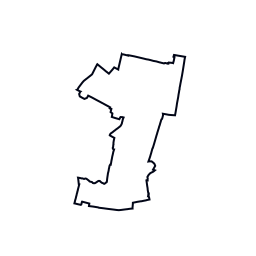 outline of Bragadiru, Ilfov, Romania, rotated 320°
{"feature_id": "2599482B78210424721579", "entity_name": "Bragadiru", "entity_type": "district", "adm_level": 2, "iso_a3": "ROU", "parent_name": "Romania", "parent_adm1": "Ilfov", "projection": "orthographic", "projection_center": [25.978, 44.379], "detail": "fine", "context": "isolated", "style": "outline", "palette": "ink", "viewbox_px": 256, "rotation_deg": 320, "n_neighbors": 0, "source": "geoboundaries", "source_scale": "gbopen_adm2", "svg_char_len": 5183}
<svg xmlns="http://www.w3.org/2000/svg" viewBox="0 0 256 256"><g transform="rotate(320 128 128)"><path d="M113.5,66.0L113.6,66.3L113.8,66.8L114.0,67.1L114.7,69.0L115.0,69.5L114.9,69.5L113.3,70.2L112.5,70.5L112.3,70.8L111.4,72.8L111.5,73.2L112.0,74.3L112.0,74.5L113.3,77.7L113.6,77.8L115.7,78.5L115.9,78.5L116.1,78.5L116.6,78.3L118.3,77.6L119.4,80.1L120.0,81.5L122.0,86.6L123.2,89.5L127.6,100.7L126.6,101.2L126.7,101.5L127.5,102.7L124.9,104.6L125.1,105.6L125.4,106.8L123.6,108.4L122.7,109.1L124.5,112.0L127.0,115.7L128.7,115.0L129.3,114.8L130.8,116.2L131.4,117.1L130.0,117.8L128.7,118.7L128.5,118.9L128.4,119.0L127.0,119.9L126.7,120.2L126.0,120.7L124.6,121.3L123.7,121.6L123.4,121.6L122.1,121.7L121.7,121.6L120.8,121.6L120.1,121.6L118.9,121.5L117.7,121.4L116.4,121.4L115.2,121.3L114.4,121.3L113.7,121.3L113.1,121.3L112.7,121.2L111.7,121.1L111.4,121.1L111.0,121.1L109.8,121.5L109.3,121.9L109.6,122.7L110.4,124.9L111.2,126.8L108.9,128.6L107.2,130.1L106.3,131.3L105.8,131.5L105.3,132.1L104.1,133.2L103.7,133.3L103.4,133.7L103.1,134.1L103.1,134.4L103.2,135.3L103.4,135.4L103.5,135.5L101.2,137.0L100.2,137.8L98.9,138.8L97.9,139.5L95.0,141.9L94.9,141.9L92.8,143.7L91.2,145.0L90.9,144.6L90.3,144.8L90.0,144.9L89.4,145.2L88.8,145.7L88.3,146.1L87.4,146.8L87.2,146.9L86.0,148.0L84.7,149.0L83.4,149.9L82.9,150.4L80.4,152.6L79.2,153.7L77.9,155.0L77.0,155.7L76.8,155.8L76.0,155.6L75.6,155.7L75.0,155.7L74.4,155.6L73.9,155.5L73.7,155.2L73.5,154.5L73.2,153.9L72.7,153.0L72.6,152.4L72.4,151.5L72.4,150.7L72.3,150.4L71.7,149.8L71.1,149.5L70.9,149.5L70.4,149.4L68.3,149.2L67.2,149.0L66.5,148.5L66.0,148.0L65.7,147.5L65.7,146.6L65.6,146.1L65.3,145.8L65.1,145.5L64.8,145.1L64.5,144.8L64.4,144.5L64.2,144.1L64.2,143.1L64.0,142.3L63.6,140.5L63.3,139.8L63.1,139.5L62.7,139.2L61.6,138.8L61.1,138.0L60.8,137.4L60.1,136.9L59.8,136.4L58.1,134.2L57.8,133.9L57.6,134.3L57.2,134.9L54.2,139.4L54.5,139.8L53.9,140.2L53.6,140.4L53.4,140.6L53.1,140.8L52.8,141.0L52.4,141.3L49.7,143.2L49.7,143.3L49.4,143.5L49.1,143.7L48.8,143.9L48.6,144.0L48.3,144.3L48.0,144.4L47.7,144.7L47.6,144.8L47.4,145.0L47.1,145.1L46.5,145.5L46.1,145.8L45.8,146.1L45.7,146.2L45.4,146.4L45.2,146.5L44.8,146.8L44.7,146.9L44.5,147.0L44.2,147.2L43.9,147.4L43.7,147.6L43.3,147.9L42.6,148.4L42.2,148.7L42.0,148.8L41.5,149.1L38.5,151.3L38.9,151.8L39.7,152.9L40.8,154.4L41.9,155.8L42.4,156.5L42.7,156.6L43.0,156.6L43.6,156.2L44.5,155.5L45.2,155.0L45.5,154.9L49.8,161.0L47.9,162.7L50.9,165.9L53.9,169.4L54.2,169.8L54.4,170.3L55.6,171.6L55.9,171.9L57.5,173.6L60.4,176.8L64.6,181.3L66.8,183.7L68.1,185.0L68.5,185.3L70.6,186.7L72.5,187.9L74.5,189.2L75.7,190.0L76.1,190.2L77.5,191.1L78.3,191.6L79.1,192.2L79.7,192.6L79.8,192.4L80.4,191.8L81.9,190.3L82.4,189.8L82.8,189.4L83.7,188.4L85.0,189.1L85.9,189.6L87.6,190.5L88.6,191.1L90.6,192.3L91.3,192.8L92.8,193.6L93.9,194.2L95.3,195.0L96.1,195.3L98.5,196.6L99.3,195.2L99.4,194.9L100.1,193.4L99.6,193.1L100.1,192.7L100.3,192.5L100.5,192.8L101.4,192.0L101.2,191.7L101.7,191.3L101.6,191.2L101.7,190.9L102.2,190.0L102.8,189.0L103.3,188.1L104.1,187.0L104.8,185.9L105.3,185.0L108.5,179.9L108.8,180.0L109.0,180.2L109.4,180.7L109.8,180.2L110.4,179.6L110.7,179.3L110.8,179.1L111.3,178.1L111.5,177.9L112.5,177.6L113.2,177.3L113.7,177.2L114.1,177.1L114.6,177.1L115.2,177.0L115.9,176.9L116.4,177.0L117.4,177.2L118.8,177.6L120.1,177.7L121.4,177.7L120.4,176.0L124.5,174.5L125.0,173.1L125.2,172.3L125.2,171.9L125.1,171.4L125.1,171.2L125.1,170.9L125.0,170.4L124.8,169.9L124.8,169.4L124.7,169.0L124.6,168.7L124.4,168.5L124.1,168.3L123.3,167.5L122.7,167.2L122.1,166.8L124.0,165.7L126.6,164.1L128.4,162.9L129.2,162.4L131.5,160.8L133.7,159.3L134.1,159.3L137.2,157.3L140.5,155.1L145.1,152.0L146.7,151.0L147.5,150.4L148.0,150.1L149.7,149.0L150.8,148.3L151.3,148.0L152.7,147.0L154.1,146.2L154.7,145.8L155.4,145.3L157.1,144.2L157.4,144.0L158.0,143.6L159.1,142.9L160.0,142.9L162.3,141.3L163.2,140.6L163.3,140.5L163.9,139.5L166.4,142.5L167.6,144.0L169.5,145.9L172.2,148.5L173.9,147.1L179.2,142.6L181.3,140.7L186.3,136.6L188.3,134.8L190.0,133.4L191.6,132.0L192.6,131.3L192.8,131.0L193.4,130.4L193.5,130.3L193.9,130.0L194.8,129.3L196.7,127.7L200.3,124.8L202.9,122.7L207.0,119.2L213.9,113.2L215.2,112.0L216.1,111.3L216.6,110.9L217.5,110.2L212.9,104.8L212.8,104.7L212.0,103.7L211.8,103.5L211.5,103.1L210.2,101.6L208.7,102.6L209.3,103.3L208.6,103.8L208.7,104.0L206.6,105.7L204.7,107.0L204.7,106.9L204.2,107.2L203.3,106.1L202.7,105.5L202.3,105.1L201.3,104.1L200.5,104.6L200.4,104.4L200.1,103.9L199.7,104.1L198.4,102.2L197.9,101.9L197.5,101.7L197.1,101.7L196.6,101.0L196.3,100.6L195.9,100.0L195.6,99.7L194.8,98.5L194.5,98.2L192.5,95.2L190.9,93.3L190.7,93.1L189.0,90.6L187.6,88.7L186.2,87.1L185.7,86.4L184.4,84.6L178.6,76.8L178.5,76.7L176.0,73.6L175.6,73.1L175.0,72.4L174.9,72.5L174.7,72.7L171.8,68.7L171.2,68.1L170.7,67.5L170.7,67.4L158.3,76.7L158.1,76.9L156.4,72.7L154.5,73.1L152.8,73.4L148.3,74.1L147.7,71.1L147.5,70.4L147.4,69.7L147.1,67.8L147.0,67.5L146.9,66.9L146.9,66.7L146.7,65.7L146.6,65.4L145.5,59.4L145.0,59.5L143.8,60.1L143.1,60.3L139.6,61.8L135.2,63.7L134.8,63.8L134.5,63.8L124.6,63.5L123.8,63.6L123.1,63.7L122.0,63.9L119.8,64.4L116.3,65.2L114.9,65.7L113.8,66.1L113.5,66.0Z" fill="none" stroke="#020617" stroke-width="2"/></g></svg>